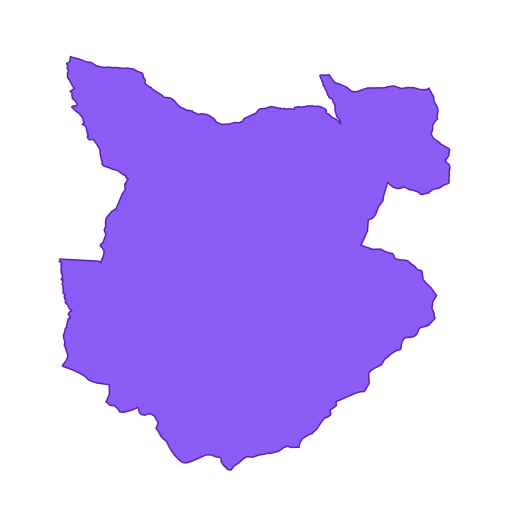 Barghis, Sibiu, Romania (Equal Earth projection), rotated 176°
{"feature_id": "2599482B31071590399697", "entity_name": "Barghis", "entity_type": "district", "adm_level": 2, "iso_a3": "ROU", "parent_name": "Romania", "parent_adm1": "Sibiu", "projection": "equal_earth", "projection_center": [24.511, 46.014], "detail": "fine", "context": "isolated", "style": "filled", "palette": "violet", "viewbox_px": 512, "rotation_deg": 176, "n_neighbors": 0, "source": "geoboundaries", "source_scale": "gbopen_adm2", "svg_char_len": 6034}
<svg xmlns="http://www.w3.org/2000/svg" viewBox="0 0 512 512"><g transform="rotate(176 256 256)"><path d="M431.3,451.9L431.5,447.0L429.4,443.8L429.2,442.6L427.4,439.4L427.5,438.8L425.4,435.8L429.8,433.3L428.4,431.7L428.2,426.1L425.7,423.5L423.6,419.9L424.7,418.6L426.4,418.3L427.4,418.6L429.0,417.9L429.4,417.2L424.6,412.1L423.0,411.1L419.7,406.6L418.9,404.6L418.9,402.7L417.9,401.2L420.0,399.6L416.7,397.1L415.9,392.5L416.2,392.2L415.3,390.4L415.5,389.9L414.9,388.5L415.5,388.4L415.0,386.7L416.0,386.4L415.5,385.4L414.2,383.6L410.1,383.6L406.9,378.4L404.5,373.7L404.1,366.3L402.8,360.1L403.2,359.3L402.8,357.7L401.0,356.1L396.0,354.2L393.8,352.9L388.0,350.9L384.9,348.1L380.5,345.0L379.9,342.8L378.4,342.3L378.1,341.2L379.2,340.8L380.1,339.1L380.1,338.4L381.4,337.6L381.9,336.6L381.8,331.3L385.0,327.4L391.9,313.7L393.8,312.0L396.7,310.7L402.4,304.8L402.8,304.0L403.6,301.0L404.0,295.6L405.0,294.1L405.6,292.1L404.3,288.4L404.3,287.6L407.7,280.2L410.1,278.5L410.6,276.7L408.7,274.8L407.1,271.0L408.4,266.2L411.0,261.4L411.1,260.3L413.7,261.9L451.9,266.6L451.6,265.2L452.6,264.3L450.2,262.4L451.0,261.5L451.2,260.1L450.6,259.0L451.2,258.1L451.1,256.8L451.7,254.9L450.7,254.0L451.5,252.7L450.7,250.8L450.2,250.4L450.1,249.7L450.9,248.8L450.7,247.6L450.3,247.0L451.9,246.6L451.9,245.9L450.7,245.2L450.5,244.4L451.3,241.1L450.3,239.5L450.4,238.4L451.0,237.5L450.5,236.2L451.1,232.5L449.3,230.8L450.1,228.9L449.5,225.9L448.9,224.9L449.6,222.8L447.8,221.1L446.9,219.5L445.7,216.2L444.0,214.9L443.7,213.9L445.5,213.4L447.3,211.5L447.2,210.6L445.8,208.8L446.1,207.8L445.6,207.3L446.4,206.7L447.4,206.6L447.9,205.8L448.8,203.2L448.9,201.9L449.7,200.1L449.7,198.6L451.3,196.8L451.7,195.1L453.6,190.2L453.6,188.2L452.8,183.9L453.4,179.8L452.5,178.1L451.8,174.3L450.8,171.3L450.7,169.6L451.1,168.0L453.0,164.6L456.5,160.5L456.7,159.5L447.9,155.7L438.5,150.5L434.2,147.1L432.7,145.2L431.2,143.9L427.4,141.9L423.2,140.3L412.0,138.0L411.5,137.6L411.7,130.0L412.0,128.2L415.7,121.0L412.5,117.7L411.1,117.0L408.1,116.7L407.3,116.3L404.2,112.8L402.8,109.9L398.8,109.3L391.0,110.8L385.0,113.0L384.0,112.9L383.5,108.8L382.5,107.0L381.4,105.9L378.3,105.0L373.5,106.1L372.2,105.9L369.5,104.2L368.1,102.8L366.7,99.3L365.4,97.4L365.2,96.5L366.8,92.6L367.5,92.0L367.5,90.5L366.1,88.9L363.5,83.0L361.6,80.4L358.3,77.4L355.5,70.6L351.0,62.8L347.3,58.3L345.0,56.2L343.4,55.1L341.3,54.6L338.9,54.6L333.4,56.1L319.5,61.1L314.7,60.8L310.4,58.6L306.0,57.5L305.3,57.0L304.8,56.2L305.1,53.4L303.6,50.3L299.2,45.1L295.9,44.2L292.2,48.3L287.5,50.8L283.8,53.8L280.0,56.2L276.5,56.2L273.3,55.6L266.4,57.4L262.4,57.6L258.0,58.4L256.3,58.4L255.9,58.0L253.2,58.5L247.0,59.7L244.1,61.3L241.9,63.0L240.7,63.1L238.5,64.2L234.2,62.6L226.4,62.2L226.1,64.2L225.0,66.9L222.6,70.4L216.9,73.5L214.2,74.6L212.2,75.0L210.0,77.3L207.7,78.8L203.2,84.8L199.3,89.1L198.4,89.7L195.9,90.3L193.2,91.9L192.4,93.1L192.8,96.6L192.6,97.2L186.2,101.1L186.3,105.1L165.7,112.4L161.8,113.3L157.4,113.2L152.1,120.9L151.8,124.6L152.1,126.1L151.6,131.0L151.3,131.8L149.8,133.3L146.4,135.5L138.8,138.6L137.8,139.5L135.5,143.2L134.1,144.6L130.9,146.6L128.0,149.0L123.0,151.7L118.5,152.7L117.9,153.5L117.0,158.0L116.0,160.7L113.9,163.3L112.6,164.1L106.5,164.2L103.7,164.8L101.6,166.4L100.4,167.9L99.2,170.7L97.9,172.5L97.2,173.0L90.4,174.2L88.2,175.3L81.7,181.4L82.3,183.7L82.5,186.7L84.2,192.1L83.3,195.0L83.0,197.8L78.6,203.9L83.7,212.2L88.6,217.6L91.0,221.0L91.5,229.3L91.8,229.8L96.0,231.1L98.3,234.6L101.4,237.0L104.6,240.3L106.5,241.2L113.6,242.3L117.5,243.6L118.8,247.7L119.6,248.9L122.4,249.6L126.5,251.3L131.4,254.2L139.1,254.5L150.6,259.4L146.1,267.4L144.3,271.3L143.1,272.8L141.5,284.0L137.5,285.5L135.5,286.9L133.6,289.6L129.8,297.6L129.1,298.0L125.5,302.2L124.6,306.8L120.0,319.1L119.4,319.9L114.7,315.4L112.1,314.1L109.8,313.3L107.2,313.5L103.8,314.5L102.8,314.4L98.5,311.5L95.4,310.9L90.3,308.8L87.5,306.2L85.9,305.7L80.4,306.9L79.5,306.6L79.0,307.4L75.3,309.7L72.8,310.6L71.0,310.5L68.4,311.0L63.2,313.9L60.8,314.4L58.3,315.6L57.9,321.6L57.4,323.2L57.4,326.9L56.3,330.5L56.8,333.1L57.2,334.1L59.4,335.6L60.6,338.8L60.2,339.0L60.0,338.7L58.9,339.8L56.7,342.6L56.1,345.2L56.4,345.9L55.3,348.5L56.2,349.7L64.2,355.0L64.8,356.2L70.8,361.0L72.5,364.8L72.5,366.0L71.0,369.8L70.6,374.3L67.2,378.6L65.3,380.1L65.8,382.7L65.1,384.1L64.3,389.4L65.3,393.3L67.6,397.6L67.8,402.6L71.2,409.9L71.6,411.3L74.0,410.2L78.5,410.4L81.2,410.7L87.0,413.0L90.4,413.1L92.1,413.6L99.1,412.9L106.6,416.0L113.4,415.6L115.9,414.8L133.2,415.8L144.2,412.9L147.1,413.0L149.1,413.8L151.3,415.5L153.2,417.7L160.0,421.4L164.2,423.0L166.0,424.3L170.4,431.7L174.3,431.5L178.4,432.1L179.5,431.6L179.6,430.5L178.4,427.6L177.6,424.6L177.0,423.8L177.2,421.8L175.7,419.8L175.5,418.2L173.8,414.7L173.5,412.7L171.9,408.8L169.7,407.7L168.7,406.5L168.2,403.8L167.1,401.9L166.7,398.5L167.1,396.4L166.4,392.9L165.4,388.9L163.4,386.7L162.8,385.1L162.5,383.7L162.7,382.3L165.0,385.4L167.2,387.2L170.3,388.7L173.3,392.1L175.8,393.8L176.0,395.0L175.6,395.8L176.5,397.6L179.8,399.7L183.5,401.2L186.0,400.9L188.8,401.7L194.8,402.1L196.4,401.6L200.4,401.4L202.6,401.9L206.5,401.6L207.1,401.5L207.9,399.6L211.7,400.5L216.0,400.4L217.4,401.3L218.9,400.8L221.9,401.9L223.0,401.8L227.0,403.2L231.2,404.0L236.5,402.5L241.1,402.7L243.4,401.7L246.0,398.6L258.0,394.0L258.9,393.1L260.0,391.1L260.5,390.9L262.3,390.8L262.7,390.3L264.1,390.0L267.7,390.7L273.6,389.5L280.8,389.6L283.8,390.9L286.2,392.5L288.3,395.9L293.9,400.1L300.6,401.8L303.6,401.2L308.6,403.9L309.0,404.7L309.7,405.2L315.3,406.3L317.8,408.2L320.4,409.3L322.3,411.0L324.1,412.9L326.3,416.2L328.4,418.2L331.1,419.9L336.5,420.6L338.3,422.7L346.3,428.6L348.2,430.3L348.6,431.1L350.0,431.7L353.4,434.5L354.6,435.9L354.3,439.4L355.8,442.2L356.4,446.2L361.0,448.3L363.7,449.9L364.5,450.8L371.1,452.4L375.4,452.4L383.0,453.9L385.5,453.8L390.0,454.7L393.4,454.6L397.0,455.2L402.5,457.2L406.6,460.5L412.2,461.6L415.9,463.6L427.2,467.8L428.3,462.8L431.4,461.3L431.5,460.9L430.7,459.7L431.2,455.8L430.1,454.5L430.0,453.9L431.3,451.9Z" fill="#8b5cf6" stroke="#5b21b6" stroke-width="1.5"/></g></svg>